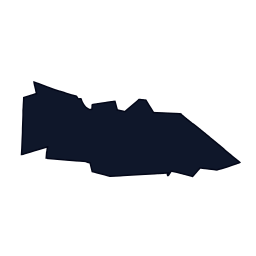 the district of Checea, Timis, Romania, rotated 265°
{"feature_id": "2599482B82782333976905", "entity_name": "Checea", "entity_type": "district", "adm_level": 2, "iso_a3": "ROU", "parent_name": "Romania", "parent_adm1": "Timis", "projection": "orthographic", "projection_center": [20.84, 45.724], "detail": "fine", "context": "isolated", "style": "filled", "palette": "ink", "viewbox_px": 256, "rotation_deg": 265, "n_neighbors": 0, "source": "geoboundaries", "source_scale": "gbopen_adm2", "svg_char_len": 5553}
<svg xmlns="http://www.w3.org/2000/svg" viewBox="0 0 256 256"><g transform="rotate(265 128 128)"><path d="M137.2,182.1L137.1,181.5L137.0,181.2L137.7,181.1L137.7,180.7L138.2,177.2L138.7,173.2L139.1,170.2L139.5,167.1L139.8,165.1L140.7,157.9L141.1,155.1L141.1,154.8L145.9,152.4L148.7,150.9L151.2,149.7L154.2,148.2L154.3,147.7L154.3,147.4L154.4,147.1L154.4,146.8L154.5,146.4L154.7,145.8L154.8,145.2L154.8,144.8L154.9,144.5L155.0,144.0L155.0,143.7L155.1,143.3L155.2,143.0L155.3,142.7L155.4,142.3L155.4,142.0L155.4,141.8L155.4,141.3L155.3,141.2L155.0,141.0L154.7,140.5L154.2,139.9L153.4,138.8L151.8,136.5L148.9,132.4L148.0,131.1L146.6,129.1L144.6,126.4L144.9,125.3L145.4,123.8L145.9,122.1L146.3,120.8L146.5,120.3L146.9,118.9L149.5,118.4L151.2,118.1L152.4,117.9L154.1,117.6L155.2,117.4L155.7,117.3L155.7,117.2L155.7,116.6L155.7,116.3L155.7,116.2L155.7,115.6L155.6,115.1L155.6,114.0L155.6,113.1L155.5,112.4L155.5,111.2L155.4,110.6L155.4,110.0L155.4,109.6L155.3,109.1L155.3,108.4L155.2,108.1L155.2,107.8L155.2,107.5L155.2,107.3L155.1,106.3L155.1,105.4L155.0,103.7L154.9,102.5L154.9,102.0L154.8,101.2L154.8,100.5L154.8,99.9L154.7,99.1L154.6,98.3L154.6,97.6L154.6,96.9L154.5,96.2L154.5,95.9L154.5,95.2L154.4,94.9L154.3,94.6L154.2,94.4L153.3,94.2L153.0,94.2L152.7,94.2L151.1,93.9L150.3,93.8L150.0,93.7L149.8,93.7L149.7,93.6L149.7,92.8L149.7,92.4L149.7,91.5L149.8,91.4L149.8,90.9L150.1,90.5L150.6,89.9L151.5,88.7L152.0,88.1L152.1,87.9L152.4,87.7L153.1,87.1L153.7,86.8L154.2,86.4L155.0,86.0L155.6,85.6L156.4,85.3L157.0,85.0L157.9,84.6L159.5,84.1L160.1,84.0L160.7,83.9L161.0,83.8L161.2,83.5L161.3,83.3L161.3,82.3L161.3,81.6L161.4,81.1L161.5,80.8L161.6,80.7L163.2,79.9L164.1,79.4L164.6,78.3L164.7,77.8L164.8,77.6L164.9,77.4L165.0,77.0L165.4,76.0L165.5,75.7L165.6,75.3L165.7,74.9L165.8,74.6L166.0,74.2L166.3,73.5L166.4,73.1L167.0,71.8L167.3,70.9L167.9,69.5L168.5,68.2L168.7,67.9L168.8,67.7L169.1,67.0L169.3,66.5L169.5,66.0L169.9,64.9L170.3,64.0L170.8,62.4L171.2,61.5L171.8,60.1L172.3,58.9L172.4,58.5L172.8,57.8L173.5,56.2L174.1,55.0L174.7,53.7L175.3,52.5L175.8,51.3L176.9,49.1L180.3,42.1L180.4,41.7L180.8,40.8L181.9,38.4L181.4,38.4L181.2,38.4L179.5,38.6L178.5,38.7L177.7,38.9L177.0,39.0L176.6,39.0L175.5,39.2L174.8,39.3L172.9,39.5L170.2,39.9L170.1,39.2L170.1,38.9L169.8,37.5L169.4,36.2L169.0,34.0L168.8,33.3L168.6,32.4L168.5,32.0L168.0,29.6L167.4,26.8L164.2,26.4L160.1,25.8L157.7,25.5L155.3,25.1L154.6,25.0L150.0,24.6L145.0,24.0L137.2,23.0L132.2,22.5L126.3,21.7L116.8,20.5L110.9,19.6L110.9,20.4L111.0,21.2L111.3,22.3L111.5,23.1L112.6,28.7L113.5,32.6L114.2,36.2L115.8,44.0L116.0,44.8L116.1,45.0L116.4,45.6L116.2,46.3L116.0,46.2L114.7,45.8L114.1,45.7L113.8,45.6L113.0,45.5L112.3,45.3L111.8,45.2L111.3,45.2L111.1,44.9L105.2,43.9L105.0,45.2L104.7,45.3L103.3,53.5L102.8,56.3L102.3,59.2L101.8,62.1L101.3,64.9L100.3,70.9L99.8,73.8L99.4,76.8L98.4,82.7L97.2,85.1L96.6,87.2L87.7,88.6L87.0,90.8L86.1,93.0L83.4,100.8L82.4,103.3L81.5,105.8L81.1,115.8L81.1,119.2L81.0,122.7L80.8,129.5L80.6,135.9L80.5,139.0L80.4,142.0L80.1,150.5L80.1,153.4L80.0,154.2L80.0,155.3L79.9,156.3L79.9,156.9L79.9,157.8L79.8,159.2L79.9,159.8L79.8,161.5L79.8,162.6L79.7,164.0L79.5,163.9L79.2,163.7L78.8,163.3L78.5,163.2L77.9,163.2L77.6,163.3L77.3,163.4L77.1,163.6L77.4,164.1L77.5,164.2L77.9,164.7L78.5,165.0L79.1,165.5L79.5,165.9L80.4,166.6L81.3,167.3L81.2,167.8L80.9,168.6L79.8,172.4L79.6,173.0L78.8,175.2L78.2,176.8L77.9,177.9L77.8,178.1L77.2,179.6L76.9,180.7L76.6,181.5L76.1,182.7L75.9,183.4L74.8,186.3L74.7,186.8L74.4,187.4L74.1,188.1L74.4,188.4L75.2,189.3L76.5,190.6L77.7,191.9L78.0,192.2L79.0,193.2L79.7,193.9L80.5,194.8L81.3,195.7L81.9,196.3L81.9,196.6L81.8,197.3L81.7,197.7L81.4,198.6L81.4,199.0L81.1,200.1L80.9,201.5L80.4,203.9L80.2,204.6L79.8,206.6L79.6,207.7L79.1,210.2L78.7,211.7L78.5,212.6L78.5,213.1L78.7,213.8L79.0,215.2L79.2,216.7L79.4,217.9L79.9,220.2L80.7,223.9L81.9,228.4L82.4,230.5L83.0,233.1L83.2,233.6L83.4,234.7L83.8,236.1L84.0,236.4L85.8,234.6L86.5,233.8L87.7,232.6L88.4,231.8L90.8,229.3L92.0,228.2L92.8,227.4L92.9,227.2L93.1,227.1L93.2,226.9L93.4,226.7L93.6,226.4L93.9,226.2L94.2,225.9L95.1,225.0L95.4,224.6L95.8,224.3L96.8,223.2L97.1,223.0L97.3,222.7L97.6,222.5L97.7,222.3L97.9,222.1L98.1,222.0L98.4,221.7L98.6,221.7L99.0,221.3L99.2,221.1L99.4,220.9L99.6,220.7L99.9,220.4L100.3,220.0L100.7,219.6L100.9,219.4L101.1,219.1L101.4,218.9L101.8,218.5L102.7,217.6L102.9,217.3L103.1,217.2L103.7,216.5L104.2,216.0L104.6,215.6L105.2,215.0L105.4,214.8L105.6,214.6L105.9,214.3L106.2,214.0L106.4,213.8L106.6,213.6L106.9,213.3L107.1,213.1L107.4,212.8L107.6,212.5L108.2,211.9L108.5,211.7L108.8,211.4L109.0,211.1L109.2,210.9L110.2,209.9L110.6,209.4L110.8,209.2L111.1,208.9L111.5,208.6L111.9,208.1L112.0,208.1L112.6,207.6L112.9,207.3L113.0,207.1L113.1,206.9L113.4,206.7L113.7,206.3L113.8,206.3L113.9,206.2L114.0,206.0L114.2,205.8L115.1,204.9L115.5,204.6L116.0,204.1L116.7,203.3L116.9,203.0L117.6,202.4L118.2,201.8L118.6,201.3L120.0,199.9L120.3,199.7L120.7,199.2L120.9,199.0L121.1,198.7L121.3,198.5L121.6,198.2L121.9,198.0L122.1,197.7L122.4,197.4L122.6,197.2L122.8,197.0L123.0,196.8L123.3,196.5L124.4,195.3L126.3,193.3L126.3,193.0L126.4,192.9L126.9,192.4L127.0,192.2L127.7,191.5L128.0,191.3L128.2,191.1L128.3,190.9L129.0,190.2L129.2,189.9L129.5,189.7L130.1,189.0L130.3,188.9L130.6,188.5L130.9,188.2L131.6,187.4L131.7,187.2L131.8,187.1L132.1,187.0L132.1,186.9L132.5,186.5L133.1,185.9L133.3,185.7L133.6,185.4L134.1,184.9L134.3,184.7L134.5,184.5L134.9,184.2L135.1,183.9L135.7,183.4L136.4,182.5L136.4,182.4L136.5,182.4L136.9,182.2L137.2,182.1Z" fill="#0f172a" stroke="#020617" stroke-width="1.5"/></g></svg>